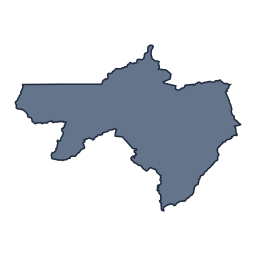 Xapuri, Acre, Brazil (Mercator projection)
{"feature_id": "56859067B13155067535886", "entity_name": "Xapuri", "entity_type": "district", "adm_level": 2, "iso_a3": "BRA", "parent_name": "Brazil", "parent_adm1": "Acre", "projection": "mercator", "projection_center": [-68.519, -10.611], "detail": "fine", "context": "isolated", "style": "filled", "palette": "slate", "viewbox_px": 256, "rotation_deg": 0, "n_neighbors": 0, "source": "geoboundaries", "source_scale": "gbopen_adm2", "svg_char_len": 5838}
<svg xmlns="http://www.w3.org/2000/svg" viewBox="0 0 256 256"><path d="M79.1,152.6L81.3,149.5L84.3,148.2L84.5,146.8L84.1,146.1L83.8,144.7L83.3,144.2L83.0,143.3L83.4,142.6L84.5,142.0L84.9,141.5L84.9,140.9L84.3,140.4L84.2,139.7L84.9,139.4L86.6,139.1L88.5,138.2L89.3,138.1L89.9,138.5L91.4,138.7L92.5,139.4L92.8,139.9L93.5,139.7L94.2,139.1L95.3,137.0L97.2,136.5L97.8,135.3L98.4,134.8L100.3,135.1L100.9,135.0L101.7,134.4L102.3,134.5L102.7,132.8L104.1,132.5L105.2,131.9L107.0,131.8L108.3,131.0L109.3,130.0L110.0,129.7L111.4,130.0L113.1,129.6L113.9,129.2L114.2,128.6L116.4,129.4L116.3,130.2L115.9,130.7L115.7,131.3L115.8,132.1L115.3,133.2L115.2,136.1L122.5,136.9L132.6,148.3L134.3,148.9L136.1,148.6L136.6,149.5L136.4,150.3L134.4,150.6L134.2,151.9L135.6,153.1L135.8,153.8L136.4,154.0L136.1,155.0L135.3,154.9L134.8,155.6L134.5,156.5L134.7,157.3L134.4,157.8L133.5,156.2L132.4,156.2L131.2,157.8L130.9,158.5L131.6,160.2L132.6,160.5L134.5,163.0L136.0,163.2L138.5,165.2L139.0,165.4L139.6,165.2L141.5,166.1L142.1,167.5L143.0,168.5L146.5,171.0L147.3,170.6L150.4,167.5L154.1,169.2L155.9,169.4L156.7,172.1L160.2,175.3L160.9,175.5L160.8,176.4L160.4,177.0L160.8,177.7L160.9,178.6L160.3,178.8L160.0,180.0L160.6,180.8L161.3,181.2L161.0,181.7L161.2,182.6L160.5,184.2L159.3,185.0L158.2,185.1L157.7,185.6L157.4,186.2L158.8,187.1L157.6,187.7L157.3,188.3L157.9,188.8L157.7,189.5L157.2,190.1L158.8,190.4L158.0,191.0L158.8,192.1L159.1,193.3L160.6,194.9L160.9,196.2L160.6,196.7L161.0,198.1L160.6,198.8L160.8,200.1L160.5,200.7L159.6,200.8L159.9,202.0L160.9,202.4L160.9,203.0L161.5,203.4L161.0,204.4L161.3,205.3L161.1,206.1L161.4,206.6L161.3,208.9L161.8,210.3L163.8,210.8L163.8,210.0L163.3,208.9L163.7,207.7L164.2,206.9L165.8,205.9L168.6,204.6L170.7,204.0L172.9,204.3L173.4,204.6L173.5,205.2L174.1,205.6L174.9,205.4L175.5,205.1L176.3,203.7L177.0,203.0L178.6,202.4L179.0,201.8L180.1,201.4L181.6,201.3L182.7,200.9L183.2,201.3L184.6,201.1L185.1,200.8L185.9,200.0L186.2,199.1L187.0,198.4L187.6,198.4L188.4,197.9L190.6,195.5L191.9,195.0L192.4,194.6L193.7,192.1L193.7,190.7L194.0,189.5L194.4,188.7L194.2,188.0L195.2,186.0L195.8,185.7L196.4,184.9L197.3,184.8L198.0,184.3L198.8,181.4L198.6,179.9L199.5,179.1L199.8,178.5L200.6,175.8L202.8,175.2L203.7,174.1L204.9,171.9L206.6,170.8L207.6,169.5L207.9,169.0L210.2,167.3L211.1,166.0L212.1,165.3L215.4,161.2L217.3,160.3L217.7,159.6L217.5,157.2L218.0,156.6L218.0,155.9L218.7,155.0L218.9,154.3L217.6,152.4L217.4,150.4L217.1,149.8L217.5,149.2L217.8,147.9L219.4,146.6L219.3,145.9L219.9,145.9L221.2,144.4L222.1,143.8L223.0,142.8L223.0,142.2L224.9,141.9L225.4,141.5L225.7,140.7L227.1,139.6L228.5,139.5L231.3,138.4L231.7,137.9L231.4,137.5L231.6,136.6L232.4,136.7L233.0,136.3L233.4,135.6L235.4,135.1L235.9,135.4L236.7,135.5L237.1,135.0L236.8,134.5L236.9,133.8L235.9,132.4L235.7,128.3L234.6,126.3L240.0,125.0L240.6,124.4L237.5,122.0L237.2,121.1L235.0,119.8L234.3,119.1L234.1,117.9L234.1,116.4L232.2,114.5L231.8,113.7L231.2,111.2L231.8,109.3L230.7,104.9L230.5,104.3L229.6,103.3L229.4,101.1L225.5,92.0L226.7,91.4L227.4,90.9L226.8,89.8L227.3,89.0L228.2,88.3L228.7,87.7L228.9,86.1L230.1,84.7L229.1,84.9L228.7,84.3L228.1,83.9L227.3,83.9L226.7,83.6L225.9,83.4L224.4,83.7L220.8,81.0L220.8,80.5L220.2,80.1L219.0,80.2L218.1,81.0L216.2,80.6L215.5,80.8L214.9,81.5L214.1,82.1L212.4,82.2L211.1,81.9L210.0,81.4L209.0,81.5L207.3,82.0L206.9,82.3L206.3,82.1L203.5,82.7L201.8,83.6L199.3,82.2L198.1,82.3L197.8,83.0L196.0,83.4L194.6,84.8L193.7,85.0L193.2,84.3L192.1,84.8L191.4,84.5L189.7,84.7L188.9,85.2L188.3,84.9L185.6,85.0L184.9,85.7L184.2,87.6L183.6,87.9L182.1,88.1L181.4,88.4L180.8,89.2L180.2,89.2L178.1,90.4L175.3,88.8L175.8,85.9L163.9,83.1L163.4,81.9L170.2,78.9L170.9,74.0L166.2,70.0L158.6,69.1L159.2,68.0L159.2,65.9L158.4,63.8L159.1,61.7L157.7,61.1L155.5,61.0L154.1,60.2L152.8,59.0L152.1,58.6L151.7,57.5L151.7,56.5L151.3,55.6L151.0,53.3L151.2,51.2L151.0,50.6L152.7,48.1L152.9,47.3L153.3,46.8L152.9,46.0L152.1,45.3L151.6,45.2L149.7,45.4L148.4,46.5L148.0,47.2L147.8,49.6L148.0,51.7L147.0,52.6L146.3,52.7L145.6,53.3L144.9,53.6L144.5,54.3L144.2,57.2L143.7,58.3L143.2,58.9L141.2,59.9L139.5,59.3L137.6,59.5L137.1,60.0L136.9,60.8L137.1,61.5L137.0,62.1L135.7,63.1L134.4,62.8L133.4,63.5L132.3,63.7L131.6,63.2L130.2,62.5L129.5,63.0L129.2,63.9L127.6,64.6L127.1,66.6L126.4,66.8L125.6,66.6L125.0,66.6L124.2,67.6L123.5,67.9L122.7,67.6L120.4,69.0L116.9,68.6L116.1,68.7L115.5,69.0L114.5,70.5L112.7,71.4L111.8,73.2L111.1,73.4L108.8,73.4L108.0,73.8L107.5,75.3L108.0,76.3L108.0,77.7L107.8,78.3L107.3,78.9L106.7,79.1L105.5,78.6L105.0,79.5L103.2,80.3L102.7,81.2L101.9,83.9L101.2,84.2L63.4,84.2L22.6,84.5L23.0,87.6L21.8,89.8L21.6,90.7L20.7,91.9L21.0,93.2L20.7,94.1L19.4,95.6L19.1,96.9L17.9,98.8L17.4,100.2L15.5,101.9L15.4,102.7L15.8,104.2L16.5,104.8L16.2,107.3L16.5,108.2L17.7,108.9L19.4,108.9L20.8,109.4L21.8,109.3L24.8,111.1L27.2,113.7L27.9,116.8L29.1,117.4L31.0,117.8L31.9,119.3L32.2,121.6L33.7,122.3L33.9,122.9L35.0,123.6L35.9,123.6L36.6,123.3L37.0,122.8L38.5,122.9L40.6,122.6L41.6,123.5L42.6,123.6L43.0,122.9L46.8,123.0L47.5,122.9L48.0,121.9L48.5,121.7L49.1,121.4L51.1,121.4L51.7,120.9L52.7,122.5L53.6,122.5L54.2,121.8L55.7,122.2L57.3,121.9L58.0,122.0L59.2,121.3L60.0,121.9L60.9,121.4L62.4,121.6L63.0,122.0L63.3,121.5L64.4,122.2L65.2,122.2L65.8,122.0L65.9,122.6L64.4,125.4L64.7,126.0L64.5,126.8L63.8,127.1L63.7,127.9L63.2,128.4L62.5,128.2L61.7,128.8L61.9,130.7L62.9,131.9L63.4,133.0L62.1,136.4L61.2,137.7L60.6,140.0L60.4,140.5L58.7,141.0L57.8,140.2L57.3,140.7L57.2,141.5L57.8,142.6L57.8,143.5L57.8,144.1L57.1,145.6L57.3,147.5L56.7,147.9L55.9,148.8L55.9,150.5L55.3,151.2L53.8,152.6L52.8,152.5L52.0,153.0L51.4,154.3L51.3,155.2L52.0,158.6L59.0,160.2L61.0,159.9L62.7,160.5L64.0,159.8L64.7,159.9L66.6,159.6L67.4,158.7L69.5,158.4L70.2,157.9L70.3,157.1L70.7,156.5L71.4,156.3L75.4,156.2L76.5,154.7L78.3,152.8L79.1,152.6Z" fill="#64748b" stroke="#1e293b" stroke-width="1.5"/></svg>